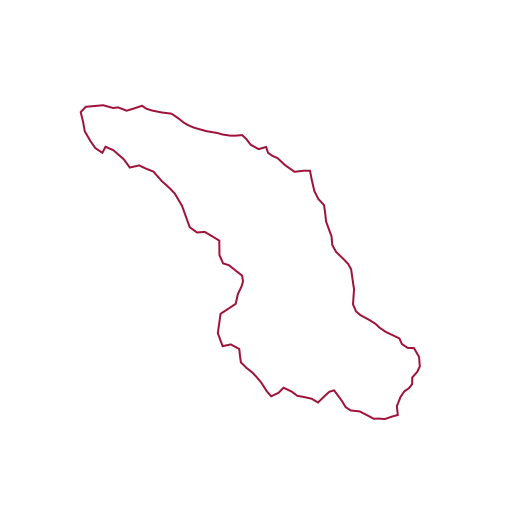 outline of Águas da Prata, São Paulo, Brazil, rotated 161°
{"feature_id": "56859067B56146579756473", "entity_name": "Águas da Prata", "entity_type": "district", "adm_level": 2, "iso_a3": "BRA", "parent_name": "Brazil", "parent_adm1": "São Paulo", "projection": "natural_earth1", "projection_center": [-46.689, -21.918], "detail": "fine", "context": "isolated", "style": "outline", "palette": "rose", "viewbox_px": 512, "rotation_deg": 161, "n_neighbors": 0, "source": "geoboundaries", "source_scale": "gbopen_adm2", "svg_char_len": 1743}
<svg xmlns="http://www.w3.org/2000/svg" viewBox="0 0 512 512"><g transform="rotate(161 256 256)"><path d="M367.7,403.6L362.7,408.3L356.4,402.4L349.6,390.6L346.5,380.7L337.0,379.7L332.0,374.8L325.5,369.2L320.7,357.5L315.8,348.7L312.5,341.6L309.6,327.4L309.3,304.8L304.1,297.4L296.6,295.5L285.7,282.5L290.3,268.6L289.5,259.7L284.7,256.2L275.5,241.9L276.6,236.1L279.7,231.8L285.4,226.1L290.8,217.4L301.1,214.7L308.3,212.9L317.2,195.5L317.1,188.4L316.9,181.6L308.6,180.6L302.1,173.5L303.8,166.2L304.9,160.3L301.3,153.1L297.4,147.0L294.8,141.3L292.2,134.4L289.8,124.5L287.3,118.4L279.2,119.3L272.9,122.5L266.4,116.2L262.5,110.4L256.0,106.7L249.8,102.9L245.1,97.3L235.7,101.7L230.7,103.8L225.9,103.5L222.2,91.8L220.4,83.8L216.7,79.1L208.6,75.3L202.7,69.2L197.7,63.8L192.8,62.3L187.3,59.9L180.0,59.9L173.7,59.5L171.7,68.2L165.2,75.7L159.9,79.7L154.5,81.2L150.1,84.0L147.8,90.3L141.2,94.0L137.0,98.4L134.7,107.5L136.6,117.5L142.5,119.7L146.7,125.3L147.3,131.4L151.7,135.8L157.7,141.6L162.4,147.8L165.2,153.1L169.4,158.3L176.4,166.0L179.5,171.1L180.0,178.8L174.1,192.7L173.0,198.9L170.4,212.3L171.4,218.4L174.3,224.7L179.0,233.9L180.3,241.6L178.2,249.8L178.4,258.0L178.5,265.8L176.9,272.9L175.1,281.9L178.5,289.6L179.7,298.3L178.5,309.8L177.2,319.0L182.7,321.0L192.2,323.1L199.1,332.7L203.8,341.6L207.9,345.3L211.0,349.7L211.0,355.8L218.8,356.2L224.9,363.1L227.1,369.8L229.7,374.8L236.0,376.4L241.2,378.2L248.3,381.9L252.4,384.8L262.6,390.4L272.7,397.4L277.6,401.8L281.0,405.8L284.7,411.6L289.6,418.1L298.6,422.5L307.1,427.5L311.7,430.9L314.9,435.2L322.9,435.2L331.0,435.5L338.0,441.4L342.8,442.4L351.4,448.3L368.4,452.5L374.9,449.1L375.9,438.6L377.3,429.7L375.2,418.8L372.8,410.4L367.7,403.6Z" fill="none" stroke="#9f1239" stroke-width="2"/></g></svg>